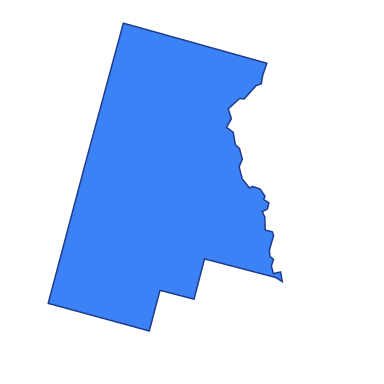 outline of Highlands, Florida, United States of America, rotated 15°
{"feature_id": "52423323B72534166962454", "entity_name": "Highlands", "entity_type": "district", "adm_level": 2, "iso_a3": "USA", "parent_name": "United States of America", "parent_adm1": "Florida", "projection": "equal_earth", "projection_center": [-81.156, 27.34], "detail": "fine", "context": "isolated", "style": "filled", "palette": "blue", "viewbox_px": 384, "rotation_deg": 15, "n_neighbors": 0, "source": "geoboundaries", "source_scale": "gbopen_adm2", "svg_char_len": 696}
<svg xmlns="http://www.w3.org/2000/svg" viewBox="0 0 384 384"><g transform="rotate(15 192 192)"><path d="M81.9,336.7L82.0,336.8L186.7,337.3L186.5,295.3L221.7,295.0L221.4,253.4L294.9,252.9L302.4,255.2L298.3,246.3L291.8,249.7L287.8,243.0L288.2,236.0L284.0,234.1L281.8,228.2L282.1,212.9L279.9,209.7L272.6,209.8L268.8,197.4L265.0,192.8L269.2,188.9L269.1,182.6L263.2,180.8L263.6,177.2L257.1,171.6L249.2,170.9L246.5,173.2L237.0,166.3L231.0,155.4L232.1,147.2L226.6,137.7L221.6,135.1L216.4,123.7L208.6,120.6L211.1,111.1L205.5,102.2L213.9,89.2L218.3,88.7L226.3,72.8L230.9,69.6L230.1,60.7L231.0,48.3L93.9,46.8L82.0,46.7L81.6,191.4L81.9,336.7Z" fill="#3b82f6" stroke="#1e3a8a" stroke-width="1.5"/></g></svg>